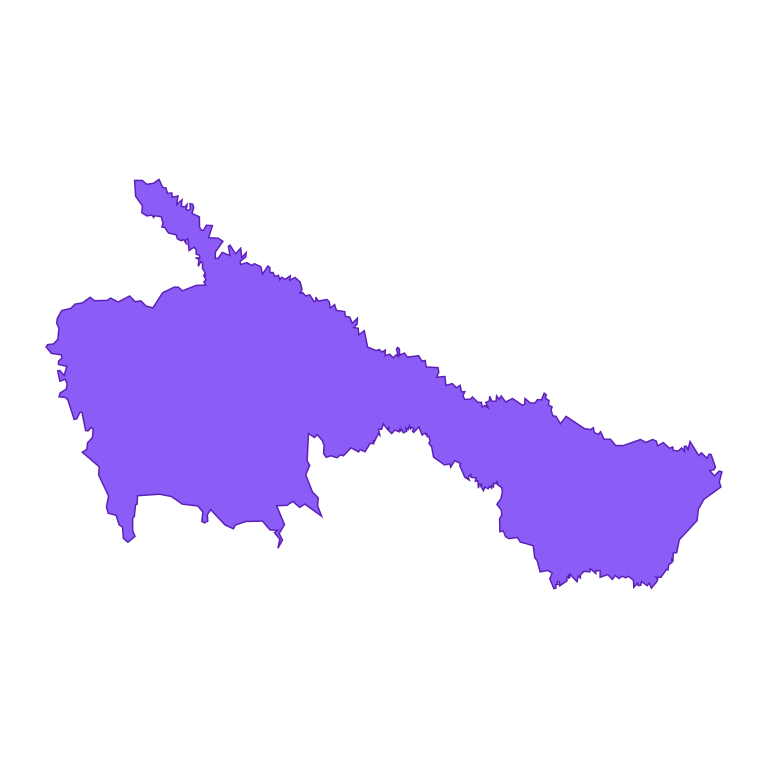 outline of San Luis De Palenque, Casanare, Colombia
{"feature_id": "7082276B9336355262277", "entity_name": "San Luis De Palenque", "entity_type": "district", "adm_level": 2, "iso_a3": "COL", "parent_name": "Colombia", "parent_adm1": "Casanare", "projection": "equal_earth", "projection_center": [-71.555, 5.277], "detail": "fine", "context": "isolated", "style": "filled", "palette": "violet", "viewbox_px": 768, "rotation_deg": 0, "n_neighbors": 0, "source": "geoboundaries", "source_scale": "gbopen_adm2", "svg_char_len": 6087}
<svg xmlns="http://www.w3.org/2000/svg" viewBox="0 0 768 768"><path d="M59.0,328.2L57.8,339.4L53.4,344.0L47.5,344.6L46.1,347.0L51.5,353.4L61.2,354.8L62.0,358.0L58.6,361.1L58.4,364.4L66.9,366.4L64.1,375.5L59.8,370.4L57.7,370.9L59.9,381.2L65.2,379.3L67.2,384.0L66.2,389.2L60.1,393.0L59.0,396.8L65.4,397.4L67.9,400.0L74.2,419.5L76.8,418.7L80.1,412.0L82.0,412.4L85.6,430.5L88.1,430.9L91.1,427.5L93.2,429.4L92.4,437.6L87.5,442.9L86.9,449.3L82.3,452.2L99.3,466.8L98.6,474.9L108.6,496.0L106.4,507.1L108.2,513.2L116.1,515.3L119.2,524.9L122.5,527.1L123.4,538.4L127.9,542.2L135.0,536.4L132.7,530.8L132.6,518.2L134.3,516.6L135.5,505.1L137.1,504.1L137.5,495.7L159.6,494.2L171.4,496.5L182.3,504.1L197.9,506.0L202.9,512.1L201.8,521.3L204.4,522.9L207.8,521.1L207.3,514.9L210.6,509.6L225.0,524.9L233.4,528.8L235.3,525.1L245.7,521.5L262.5,521.1L270.0,529.9L277.7,530.3L274.5,532.7L279.8,539.2L277.9,548.2L282.5,540.1L279.2,533.5L284.5,524.6L276.6,505.7L286.8,505.4L292.9,501.4L299.7,507.4L304.8,504.1L321.6,516.2L317.7,506.0L318.2,497.9L312.4,491.9L305.7,474.8L309.7,465.4L307.1,460.8L308.5,433.5L314.6,437.5L317.2,434.6L322.5,440.8L324.1,445.6L323.6,453.5L326.2,457.3L330.7,455.8L337.1,457.7L340.5,454.9L343.4,455.8L351.1,447.8L358.5,451.9L360.0,449.7L365.0,451.7L370.3,443.2L373.7,443.8L373.6,440.0L374.1,442.2L378.2,433.8L379.8,435.3L378.6,429.3L381.7,429.2L383.3,423.8L387.4,429.3L389.3,426.9L388.4,430.2L391.7,433.6L394.8,430.0L398.4,431.6L400.0,428.9L400.0,431.3L401.8,429.6L403.3,432.8L406.6,431.3L406.0,428.1L408.1,429.7L409.5,425.7L410.5,428.9L412.0,427.2L413.9,428.6L412.4,431.0L413.7,432.4L418.9,426.9L422.1,435.0L424.7,433.1L426.4,435.1L426.8,433.3L427.4,436.7L428.9,436.6L430.1,440.9L428.9,443.2L431.7,447.0L433.5,457.0L444.5,464.9L449.7,463.9L450.7,467.2L454.7,460.6L460.6,463.5L459.7,465.5L464.8,477.2L469.2,480.0L468.2,477.0L470.8,474.5L471.0,477.2L476.0,478.0L475.3,481.3L477.9,480.7L478.4,488.2L479.3,484.1L481.7,484.4L480.6,486.0L483.5,490.6L484.9,487.1L488.2,488.7L489.5,486.2L491.6,488.2L492.1,485.7L493.5,486.8L493.5,483.3L496.5,483.7L496.8,480.9L497.7,484.8L501.8,487.6L502.3,492.3L500.8,499.0L496.9,504.3L501.4,510.2L501.7,515.1L499.6,518.7L499.9,531.7L503.3,531.0L505.5,536.6L508.9,538.6L517.4,537.5L520.2,542.0L533.3,545.7L534.7,557.8L537.2,560.6L540.1,571.9L547.8,570.5L552.1,573.0L549.8,578.8L553.9,588.6L556.0,588.0L555.7,584.7L558.5,584.4L557.0,583.4L557.8,581.4L559.5,581.9L559.8,585.8L566.9,580.9L566.9,577.4L568.6,575.3L568.7,578.1L569.8,577.6L570.1,574.3L577.0,581.7L578.2,576.0L580.4,577.9L580.4,575.0L583.9,571.4L589.8,571.8L590.4,568.8L595.8,573.5L595.9,570.7L600.2,570.7L600.1,577.3L607.7,574.6L612.4,579.4L615.2,575.5L619.0,578.5L622.1,576.2L625.5,577.8L628.5,576.3L633.5,580.3L633.8,587.3L637.5,583.2L638.3,585.6L640.7,585.3L641.6,581.6L647.2,585.7L649.2,583.0L651.4,588.1L657.0,581.4L657.8,579.0L656.0,577.2L661.0,577.3L666.5,569.3L668.0,569.9L668.7,564.6L672.0,562.5L671.8,559.3L672.9,560.4L673.3,553.0L676.7,552.6L679.3,539.7L697.1,520.5L698.3,509.3L703.9,499.3L720.9,487.0L719.3,481.9L721.9,471.9L719.1,471.1L714.5,475.9L709.8,470.7L714.0,469.7L715.4,467.1L711.1,454.5L709.0,454.2L707.1,458.2L701.3,452.8L698.9,455.7L690.0,441.5L688.0,449.7L686.3,446.1L684.4,446.5L684.4,451.2L681.7,447.9L678.1,451.1L673.2,450.3L672.7,447.0L669.4,448.2L663.3,442.6L657.6,445.8L656.4,441.2L652.6,439.5L645.9,442.4L640.4,439.5L623.2,445.6L615.7,445.5L610.4,439.2L604.0,439.2L600.6,431.7L598.4,434.3L594.3,432.7L593.4,427.7L590.7,429.6L584.4,428.6L566.1,416.4L560.4,423.8L556.0,416.3L552.9,415.9L551.0,410.1L552.1,406.9L548.5,405.1L549.0,400.5L545.3,398.3L546.3,394.8L544.2,393.2L541.4,399.9L537.4,399.6L535.1,403.0L530.5,403.1L525.0,398.5L524.7,404.0L522.5,405.3L512.5,398.5L505.6,402.0L501.2,396.0L499.2,399.3L496.6,395.9L496.1,401.2L491.8,401.2L489.7,396.3L489.3,400.9L485.8,402.5L488.1,407.8L485.0,405.5L482.3,407.0L481.4,402.4L477.8,402.3L472.4,397.0L470.5,399.2L464.6,399.4L463.0,395.7L464.8,391.6L461.5,391.9L460.1,385.3L456.5,387.8L452.3,383.6L445.9,385.4L444.9,376.5L436.5,377.2L438.8,372.4L438.0,367.6L426.2,367.0L425.2,360.5L421.8,361.0L418.7,355.7L407.2,357.1L404.6,353.1L399.7,355.0L399.4,348.9L397.7,347.4L396.4,349.0L398.8,357.3L396.4,354.7L393.1,357.8L389.7,354.2L385.0,355.7L385.3,350.1L381.9,352.1L379.3,349.5L376.1,350.6L367.6,347.1L364.3,330.7L358.8,334.8L358.2,328.3L353.9,327.5L357.1,324.1L357.4,318.2L352.2,323.3L349.8,317.2L345.4,316.3L344.7,311.6L336.4,310.4L334.6,304.6L330.3,307.9L329.3,301.9L326.9,299.5L318.2,301.0L315.7,297.1L316.0,300.2L314.2,301.7L309.7,294.9L305.7,295.9L302.5,292.5L300.0,293.1L302.0,289.2L300.1,282.0L295.1,277.5L289.8,280.2L290.2,275.9L285.2,279.3L281.5,277.2L279.8,279.8L278.4,275.3L275.0,276.5L273.1,272.5L270.0,272.6L269.8,267.5L268.0,266.0L262.5,274.0L260.8,266.7L254.4,263.7L251.7,265.5L247.0,262.6L240.5,264.5L240.2,261.2L245.6,257.2L246.2,252.7L241.7,257.5L240.7,248.2L235.5,253.8L230.0,245.1L228.4,246.4L230.0,255.6L222.2,252.4L218.4,258.1L215.3,258.6L215.4,252.0L222.9,241.3L218.2,238.2L208.6,237.8L212.4,225.6L206.4,225.3L203.4,230.4L201.3,230.2L199.5,227.0L199.4,216.9L192.0,213.4L193.7,207.6L192.7,204.3L190.0,203.7L190.2,209.3L187.6,210.4L186.3,209.5L187.1,204.5L185.1,206.8L181.4,206.4L182.0,199.8L176.7,204.7L178.0,196.0L172.3,197.2L171.8,192.9L167.5,193.4L166.0,188.0L162.7,187.4L159.0,179.4L153.5,183.3L146.8,184.3L142.4,180.5L134.6,180.4L135.6,196.3L142.4,205.8L141.8,212.7L146.9,215.9L151.9,215.1L153.7,217.5L154.7,215.7L161.3,216.8L163.0,223.1L161.9,227.1L164.6,227.3L168.5,233.0L176.1,234.8L177.4,238.8L181.1,240.7L183.8,239.6L186.7,244.5L185.5,240.5L187.7,238.8L189.1,250.5L194.2,247.2L196.3,250.2L196.0,254.1L199.6,255.4L199.8,257.8L195.6,257.9L198.9,259.4L198.2,266.3L201.0,261.5L202.5,263.0L202.5,268.6L205.2,272.5L203.9,275.5L205.4,275.2L204.4,276.7L206.0,279.8L203.9,281.9L205.7,285.1L196.2,285.4L182.4,290.8L178.4,287.2L174.3,287.1L162.7,292.7L152.9,307.8L145.9,306.0L140.9,300.8L135.3,301.7L129.6,296.0L118.2,302.0L110.6,298.1L107.2,300.4L94.6,300.7L90.2,297.3L82.4,302.9L75.0,304.1L70.9,308.4L61.8,310.5L57.3,318.5L56.7,323.2L59.0,328.2Z" fill="#8b5cf6" stroke="#5b21b6" stroke-width="1.5"/></svg>